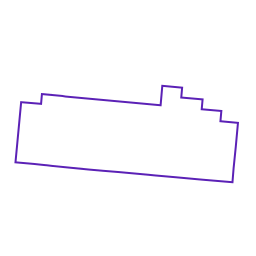 Pend Oreille, Washington, United States of America (orthographic projection), rotated 95°
{"feature_id": "52423323B67594083249097", "entity_name": "Pend Oreille", "entity_type": "district", "adm_level": 2, "iso_a3": "USA", "parent_name": "United States of America", "parent_adm1": "Washington", "projection": "orthographic", "projection_center": [-117.196, 48.523], "detail": "fine", "context": "isolated", "style": "outline", "palette": "violet", "viewbox_px": 256, "rotation_deg": 95, "n_neighbors": 0, "source": "geoboundaries", "source_scale": "gbopen_adm2", "svg_char_len": 636}
<svg xmlns="http://www.w3.org/2000/svg" viewBox="0 0 256 256"><g transform="rotate(95 128 128)"><path d="M172.9,19.2L158.9,19.3L137.6,19.0L113.3,18.9L113.2,36.5L102.9,36.5L102.9,56.2L93.0,56.2L93.0,77.6L83.1,77.6L83.0,97.5L102.5,97.5L102.1,193.0L101.8,196.4L101.7,216.7L111.5,216.7L111.6,236.7L172.0,237.1L172.0,228.0L172.0,219.0L172.2,207.8L172.2,207.0L172.2,206.8L172.2,206.3L172.2,206.2L172.2,205.5L172.2,205.4L172.4,200.0L172.8,162.8L172.8,162.7L172.8,150.9L172.8,149.3L172.8,149.2L172.7,133.3L172.8,105.6L172.8,103.9L172.9,97.4L172.9,76.1L173.0,54.0L173.0,47.6L172.9,19.2Z" fill="none" stroke="#5b21b6" stroke-width="2"/></g></svg>